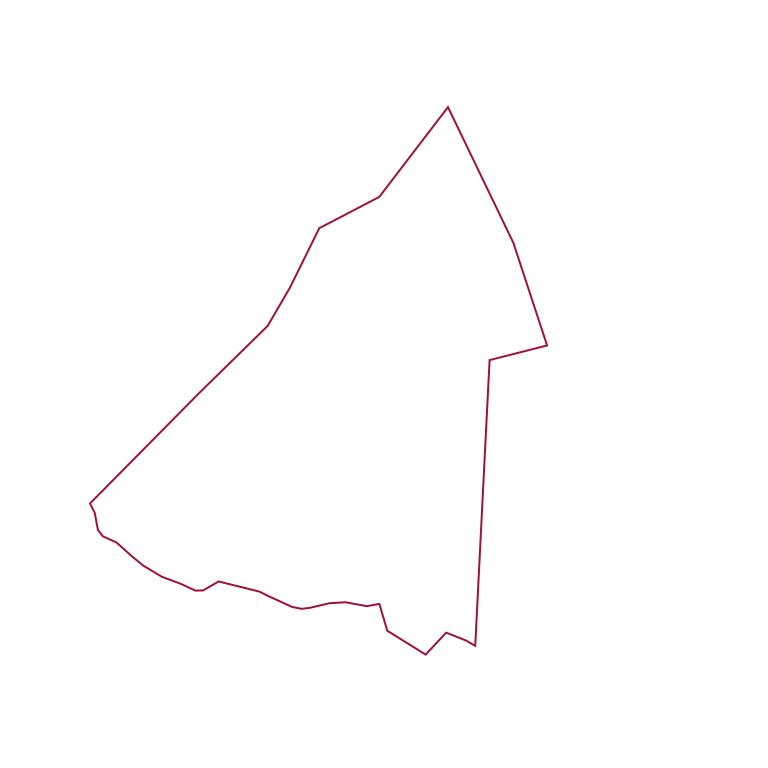 Patu, Rio Grande do Norte, Brazil, rotated 28°
{"feature_id": "56859067B11230270721601", "entity_name": "Patu", "entity_type": "district", "adm_level": 2, "iso_a3": "BRA", "parent_name": "Brazil", "parent_adm1": "Rio Grande do Norte", "projection": "orthographic", "projection_center": [-37.626, -6.066], "detail": "fine", "context": "isolated", "style": "outline", "palette": "rose", "viewbox_px": 768, "rotation_deg": 28, "n_neighbors": 0, "source": "geoboundaries", "source_scale": "gbopen_adm2", "svg_char_len": 621}
<svg xmlns="http://www.w3.org/2000/svg" viewBox="0 0 768 768"><g transform="rotate(28 384 384)"><path d="M180.5,627.5L189.0,633.5L199.9,647.1L207.2,650.5L222.2,649.5L241.4,654.3L256.8,657.4L278.7,658.5L297.6,655.9L314.4,655.0L321.2,651.2L330.7,636.0L371.5,625.8L381.1,625.6L407.4,624.0L416.7,621.2L423.2,616.8L438.6,603.3L452.4,594.8L473.2,588.2L483.1,580.3L502.7,600.3L547.8,603.4L555.6,574.4L576.6,572.0L587.5,572.4L514.6,417.0L466.0,313.3L509.9,273.4L431.9,198.6L310.5,109.5L306.1,135.9L292.0,221.0L253.7,276.8L255.7,343.0L254.0,387.3L225.0,478.9L180.5,627.5Z" fill="none" stroke="#9f1239" stroke-width="2"/></g></svg>